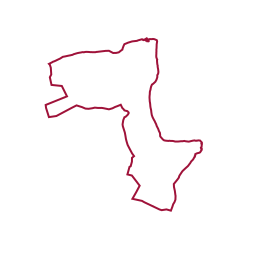 outline of Askira Uba, Borno, Nigeria, rotated 243°
{"feature_id": "59680162B18672795330723", "entity_name": "Askira Uba", "entity_type": "district", "adm_level": 2, "iso_a3": "NGA", "parent_name": "Nigeria", "parent_adm1": "Borno", "projection": "natural_earth1", "projection_center": [12.927, 10.69], "detail": "fine", "context": "isolated", "style": "outline", "palette": "rose", "viewbox_px": 256, "rotation_deg": 243, "n_neighbors": 0, "source": "geoboundaries", "source_scale": "gbopen_adm2", "svg_char_len": 3985}
<svg xmlns="http://www.w3.org/2000/svg" viewBox="0 0 256 256"><g transform="rotate(243 128 128)"><path d="M171.2,69.6L171.5,87.0L171.5,92.4L167.5,96.5L164.6,98.9L163.0,101.6L161.8,105.2L161.2,107.7L159.4,110.5L157.9,113.6L156.9,115.0L153.3,119.5L152.6,123.1L152.6,126.1L152.3,128.5L152.0,132.1L151.9,132.1L148.5,132.0L146.7,132.6L145.3,132.8L143.3,135.1L141.6,135.6L141.0,135.4L140.6,134.9L139.9,133.7L139.1,131.0L139.2,129.7L137.2,127.4L133.7,124.8L131.9,124.2L125.3,123.1L122.0,122.1L119.2,121.2L117.0,120.7L113.2,120.0L111.2,120.0L109.9,120.0L103.6,120.1L100.2,120.6L99.6,118.0L96.2,116.2L92.7,113.0L92.7,111.7L86.9,106.4L83.9,109.9L71.3,112.2L67.1,106.2L62.9,99.8L56.7,107.4L54.5,108.8L44.1,116.8L41.1,119.1L39.5,120.7L38.0,125.3L34.9,128.7L37.6,131.7L39.6,133.7L40.8,135.7L42.6,137.7L46.0,139.6L46.5,139.7L50.7,141.2L54.6,142.2L57.3,143.4L59.8,149.0L60.8,150.9L61.6,151.5L62.3,152.4L64.4,156.1L64.9,157.1L65.9,160.5L66.2,161.6L66.8,163.9L67.2,164.9L67.8,166.0L68.4,167.4L68.9,168.1L69.6,169.3L70.1,170.9L70.5,171.9L71.2,172.8L71.7,173.8L72.1,174.6L72.6,174.6L73.2,175.6L74.1,176.0L74.1,176.8L74.2,177.4L74.1,177.9L73.9,179.0L73.6,180.2L73.6,181.3L74.1,182.0L74.2,182.3L74.5,182.8L74.8,183.0L74.8,183.4L74.9,183.5L75.1,183.7L75.4,183.7L75.6,183.7L75.7,183.8L75.8,184.0L76.0,184.2L76.0,184.3L76.4,184.4L76.5,184.4L76.7,184.2L76.9,184.0L76.9,183.9L77.0,183.9L77.3,183.9L77.5,184.1L77.6,184.6L77.7,184.8L78.1,185.2L78.8,185.6L80.3,186.7L80.5,186.6L80.4,186.3L80.7,186.2L81.1,186.5L81.6,187.2L84.1,186.5L85.1,184.9L85.4,183.5L85.7,183.2L86.1,182.2L86.7,181.7L87.2,180.3L87.6,178.7L87.9,177.5L88.1,176.5L88.4,175.7L89.1,174.7L89.5,174.1L90.2,173.1L90.9,172.3L91.6,170.2L92.1,169.4L92.5,168.3L92.8,167.5L93.2,166.5L94.2,164.6L94.6,163.8L95.6,162.7L96.3,161.7L97.0,160.3L97.9,159.0L98.1,158.2L98.8,157.1L99.3,156.3L100.0,155.3L100.7,154.5L101.9,153.9L102.6,153.7L105.8,152.9L106.7,153.2L107.7,153.7L108.6,154.0L109.1,154.2L111.4,154.2L113.5,154.5L114.6,154.5L115.8,154.5L116.9,154.5L118.6,154.8L120.2,154.8L122.7,154.9L123.2,154.8L126.4,154.8L128.8,155.1L131.3,155.9L133.4,156.7L134.5,157.0L135.5,157.2L137.3,157.8L139.2,158.6L140.6,159.1L141.7,159.4L145.4,161.0L146.8,161.8L148.0,162.6L148.3,162.8L148.7,163.0L150.3,163.9L151.0,164.5L152.1,165.6L152.5,165.8L154.2,167.2L154.7,167.7L154.9,168.0L155.8,169.0L156.0,170.6L156.8,173.4L158.2,175.4L160.0,177.2L161.8,178.1L162.7,179.5L164.1,180.5L166.9,181.6L168.1,181.9L169.5,182.4L169.9,182.7L171.3,183.0L171.6,183.1L173.4,183.8L175.2,184.6L175.7,185.1L176.6,185.1L178.3,185.4L179.4,185.9L181.7,187.2L182.0,187.4L182.4,187.5L183.3,188.1L185.0,188.9L186.2,189.7L187.1,190.2L189.5,191.5L192.0,193.3L193.2,193.5L195.1,191.9L196.0,190.7L196.3,189.7L196.9,188.6L197.5,187.4L197.6,186.6L196.2,186.0L195.9,185.8L195.9,185.6L196.3,185.0L196.6,184.4L196.8,184.4L197.4,184.1L197.6,184.2L197.6,184.3L197.7,184.8L197.6,185.4L198.2,185.6L199.4,185.4L199.3,183.5L199.1,183.5L198.8,183.4L198.5,183.4L198.4,183.3L198.6,183.2L198.9,183.1L199.0,182.8L199.1,182.4L199.4,182.5L199.7,181.8L199.6,181.4L200.0,181.1L200.7,180.8L201.2,178.3L201.5,176.8L201.6,175.5L203.1,171.5L203.4,170.4L203.5,169.7L204.0,166.8L204.2,164.0L204.3,163.4L204.3,162.8L203.3,161.5L201.3,159.3L200.4,158.6L200.1,156.5L199.7,154.7L199.6,154.1L200.3,151.5L201.6,148.8L205.4,146.1L206.0,144.9L206.7,143.4L206.9,143.0L207.3,141.9L208.2,139.5L209.7,135.4L209.8,135.2L210.0,134.8L210.4,133.2L211.4,131.3L212.1,130.0L212.4,129.4L212.5,129.2L213.0,128.4L213.2,128.1L213.9,127.0L214.6,125.7L215.2,124.4L215.5,123.0L216.0,122.4L216.3,121.7L216.7,120.2L217.2,118.7L217.7,116.9L218.0,115.3L218.4,113.2L218.4,111.8L218.8,110.2L218.9,109.7L219.1,109.1L219.4,108.0L219.6,107.3L220.3,104.6L221.0,102.2L220.7,99.3L220.7,98.7L220.8,95.6L220.8,94.4L220.9,92.5L221.1,91.3L221.0,90.5L221.0,89.2L221.0,88.4L221.0,86.7L219.7,87.1L219.4,87.0L216.8,86.6L210.5,83.9L208.7,81.4L201.1,79.4L195.5,88.1L183.9,88.0L185.9,65.1L183.1,64.1L173.6,62.5L171.2,69.6Z" fill="none" stroke="#9f1239" stroke-width="2"/></g></svg>